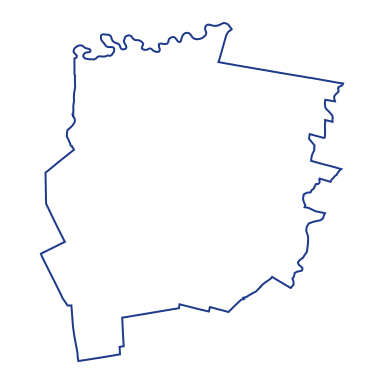 Prejmer, Brasov, Romania (Equal Earth projection)
{"feature_id": "2599482B31242475227113", "entity_name": "Prejmer", "entity_type": "district", "adm_level": 2, "iso_a3": "ROU", "parent_name": "Romania", "parent_adm1": "Brasov", "projection": "equal_earth", "projection_center": [25.776, 45.717], "detail": "fine", "context": "isolated", "style": "outline", "palette": "blue", "viewbox_px": 384, "rotation_deg": 0, "n_neighbors": 0, "source": "geoboundaries", "source_scale": "gbopen_adm2", "svg_char_len": 5739}
<svg xmlns="http://www.w3.org/2000/svg" viewBox="0 0 384 384"><path d="M208.9,311.5L209.9,307.1L210.3,307.1L217.8,309.2L221.1,310.0L228.5,312.0L234.0,306.5L240.7,300.1L241.2,299.7L242.2,299.4L244.1,298.9L243.4,297.7L246.0,297.1L246.5,296.9L250.2,294.6L252.8,293.1L255.7,291.7L259.9,287.6L260.8,286.7L260.5,286.6L261.9,285.1L265.8,282.0L268.0,280.6L270.5,278.8L272.0,277.1L272.1,276.9L275.5,279.0L290.7,288.0L293.6,284.6L293.5,282.6L293.5,281.3L293.0,280.0L292.4,278.7L292.6,278.1L293.3,277.6L293.8,276.8L294.2,275.6L294.4,274.1L294.8,272.9L297.0,271.7L299.6,271.2L302.0,270.5L302.4,269.2L302.4,267.9L300.4,266.0L298.7,264.7L297.9,262.6L299.5,260.3L303.0,257.7L304.5,255.2L306.9,251.9L307.8,244.9L308.1,240.9L308.1,236.6L307.1,233.5L306.2,230.6L306.7,227.0L308.7,223.5L313.5,221.7L320.3,220.3L322.9,218.5L323.8,215.7L325.0,213.2L316.2,211.4L315.0,211.0L310.5,208.8L308.7,208.0L307.5,207.7L304.6,207.2L305.3,205.4L304.2,202.8L303.5,200.9L303.2,199.8L303.1,199.0L303.2,197.0L303.5,196.3L303.7,194.8L303.9,194.5L304.2,194.1L306.1,193.1L306.8,192.8L308.0,192.5L309.9,192.5L310.5,192.4L310.8,192.0L311.2,191.0L311.7,190.1L312.1,189.8L312.5,189.7L312.9,189.4L313.3,188.9L314.2,187.9L314.3,187.1L315.0,186.0L315.2,185.7L315.3,185.2L315.5,184.7L315.9,184.1L318.3,183.9L318.7,183.6L319.2,183.0L319.6,182.2L319.6,181.1L319.6,180.8L319.4,180.4L319.3,179.6L319.7,178.6L330.5,181.8L331.0,180.6L332.0,179.1L333.6,177.7L334.2,176.8L335.4,175.6L336.2,175.2L336.7,174.8L337.3,173.5L337.7,172.9L339.3,170.8L340.4,169.7L341.2,169.1L333.6,166.9L319.8,163.3L311.1,160.8L311.4,158.1L312.0,155.1L312.7,153.3L314.2,150.4L314.4,148.4L314.1,147.9L314.2,147.3L314.6,146.2L314.5,145.4L311.8,142.1L309.0,138.7L309.7,134.1L323.7,137.9L324.5,137.8L324.8,137.3L325.0,134.8L325.1,129.8L324.9,127.8L325.0,123.8L325.2,121.9L325.0,120.9L325.1,120.0L332.5,121.8L332.5,119.9L332.7,117.1L332.4,115.9L331.9,115.0L330.2,113.0L328.2,110.8L327.2,110.0L325.6,108.1L325.2,106.6L324.8,103.3L325.3,99.8L335.0,101.4L334.1,97.9L334.2,96.6L334.4,96.1L335.4,94.7L338.5,91.7L338.4,89.1L338.3,88.4L338.1,88.3L338.4,87.2L342.0,85.4L342.5,84.8L342.9,84.0L343.1,83.5L337.3,82.6L310.2,77.8L309.4,77.8L300.4,76.2L282.8,73.3L234.5,65.0L218.5,62.1L219.8,58.1L226.2,35.4L227.2,33.5L227.6,32.8L228.2,32.0L228.7,31.5L231.7,29.4L231.6,29.1L231.0,28.2L230.1,27.3L229.4,26.0L228.3,24.7L227.2,23.9L225.5,23.3L224.6,23.1L223.6,23.0L222.5,23.4L220.3,24.5L218.4,25.3L217.0,25.7L215.9,25.9L214.9,25.9L213.2,25.7L209.3,24.7L208.1,24.7L207.4,24.8L206.8,25.1L206.0,25.7L205.5,26.4L205.2,27.3L205.1,28.0L205.1,29.0L205.3,29.9L205.4,30.4L206.1,32.2L206.2,33.0L206.1,33.7L205.8,34.8L205.4,35.4L204.0,36.6L203.1,37.4L202.0,38.1L200.8,38.6L198.1,39.2L196.4,39.1L196.1,39.2L195.3,39.0L193.8,38.5L193.3,38.1L192.4,37.3L191.4,35.7L190.0,34.0L189.7,33.7L188.9,33.2L188.4,33.0L187.3,32.9L186.0,32.9L185.3,33.1L183.9,34.1L183.1,34.9L182.5,35.9L182.1,36.7L181.5,38.7L180.9,40.9L180.6,41.3L180.3,41.7L179.7,42.0L178.9,41.9L178.3,41.6L177.5,40.9L175.8,38.6L175.1,37.9L174.6,37.4L173.8,37.1L173.0,37.0L171.8,37.3L171.1,37.5L170.3,38.0L169.4,38.8L168.9,39.4L168.6,40.4L168.2,42.1L168.0,42.5L167.3,43.5L166.8,43.8L166.3,43.9L165.2,44.1L163.7,44.0L161.8,43.6L160.8,43.6L160.0,43.7L159.4,43.9L159.0,44.1L158.9,44.4L158.8,44.9L159.0,45.9L159.0,46.7L159.3,47.6L159.7,48.9L159.8,49.8L159.5,50.8L159.2,51.3L158.7,51.7L158.0,51.9L156.5,51.9L155.3,51.6L154.3,51.2L152.9,50.3L151.4,48.9L150.3,48.5L149.8,48.5L149.1,48.6L147.7,49.3L147.0,49.7L146.1,49.9L145.3,49.9L144.1,49.7L143.6,49.6L142.8,49.1L142.3,49.0L142.0,48.7L141.9,48.4L141.9,47.6L142.1,46.8L143.0,44.8L143.1,44.3L143.1,43.9L143.0,43.5L142.7,43.0L142.0,42.1L141.3,41.5L140.6,41.0L140.0,40.7L138.9,40.3L136.9,40.1L135.5,40.1L134.3,39.6L133.7,39.2L132.6,38.2L131.8,36.8L130.8,35.9L129.6,35.5L129.0,35.4L128.2,35.4L127.0,35.8L125.9,36.3L125.2,37.0L124.6,39.0L123.9,40.7L123.9,41.8L124.4,42.8L125.5,44.8L126.0,45.9L126.3,47.0L126.3,47.6L126.1,48.2L125.6,48.7L124.8,49.1L123.8,49.3L122.9,49.3L122.2,49.3L121.5,48.9L120.8,48.2L120.2,46.8L119.8,45.6L119.2,44.6L117.8,43.6L116.5,43.2L115.0,42.7L112.7,41.0L111.5,38.5L111.2,37.0L110.5,35.9L109.9,35.4L108.5,34.7L106.0,34.6L103.4,34.3L102.3,34.5L101.3,35.1L100.9,36.2L101.0,38.8L101.7,40.6L104.1,43.4L105.0,44.7L106.3,46.3L108.2,47.1L110.7,47.0L113.1,47.3L113.9,48.0L114.1,48.8L114.2,49.6L114.1,50.9L114.0,51.7L111.5,55.2L110.0,55.8L107.3,55.5L105.5,56.4L102.9,56.6L99.7,56.3L98.1,56.6L97.1,57.3L96.1,58.4L94.4,59.4L88.8,59.2L85.2,58.5L84.2,57.7L83.3,56.5L83.4,55.4L83.8,54.1L84.9,53.1L86.7,52.4L89.6,52.1L90.5,51.0L90.3,49.8L89.2,49.0L86.7,48.4L85.1,47.9L84.1,47.2L82.5,45.7L81.0,45.4L79.1,45.5L77.9,45.9L75.2,47.6L74.2,49.0L73.6,50.7L73.7,52.2L76.8,55.7L76.5,57.5L74.4,58.6L74.5,74.2L74.5,74.5L74.8,75.0L75.0,75.5L75.0,76.4L74.9,78.4L75.0,83.3L75.2,86.9L74.1,93.4L74.0,94.3L74.0,96.0L73.8,98.1L74.1,99.3L74.1,99.8L73.4,105.3L73.3,107.0L73.4,111.0L73.4,111.5L73.2,111.9L73.1,112.2L73.2,112.9L73.1,113.5L73.3,114.6L73.3,115.2L73.3,115.9L73.1,116.3L73.0,116.2L73.1,116.6L73.9,117.3L74.3,118.0L74.7,118.7L74.9,120.9L74.4,122.6L73.5,124.1L72.6,125.3L71.5,126.5L68.5,129.3L67.7,129.7L67.1,132.0L66.8,135.8L66.8,136.3L68.4,139.5L69.0,141.0L69.9,142.9L70.5,145.1L70.7,145.4L71.0,145.7L72.1,146.2L72.2,146.4L72.2,147.2L72.3,147.4L73.1,148.1L74.0,149.7L59.7,161.1L47.4,171.2L45.6,172.5L45.5,173.4L46.1,203.7L46.4,204.3L50.5,212.9L57.9,228.1L64.5,241.2L64.9,241.8L40.9,253.7L41.7,256.0L49.2,271.1L53.3,279.1L61.4,295.5L62.3,297.8L67.2,304.9L67.8,305.6L71.4,305.4L72.8,324.2L73.1,327.4L74.4,336.5L77.0,350.3L77.5,353.0L77.6,355.9L77.8,357.8L78.3,361.0L85.3,360.0L106.1,356.7L120.0,354.3L119.6,346.9L123.7,346.2L122.8,330.3L122.2,317.7L125.1,317.2L178.9,308.2L179.5,304.3L201.1,309.7L208.9,311.5Z" fill="none" stroke="#1e3a8a" stroke-width="2"/></svg>